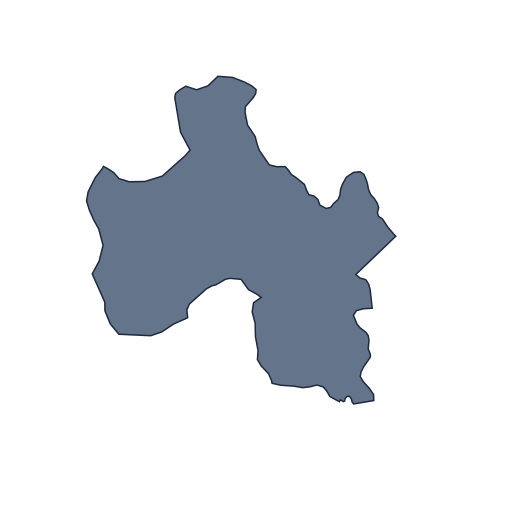 SVG path tracing the border of Boulgou, rotated 303°
{"feature_id": "BFA-2826", "entity_name": "Boulgou", "entity_type": "Province", "adm_level": 1, "iso_a3": "BFA", "parent_name": "Burkina Faso", "parent_adm1": "", "projection": "robinson", "projection_center": [-0.398, 11.449], "detail": "fine", "context": "isolated", "style": "filled", "palette": "slate", "viewbox_px": 512, "rotation_deg": 303, "n_neighbors": 0, "source": "natural_earth", "source_scale": "10m", "svg_char_len": 2022}
<svg xmlns="http://www.w3.org/2000/svg" viewBox="0 0 512 512"><g transform="rotate(303 256 256)"><path d="M348.7,362.4L334.0,359.0L294.9,349.8L294.1,355.1L295.2,358.2L295.9,361.2L293.6,366.0L290.0,370.0L275.5,381.9L270.3,374.9L264.9,370.0L259.3,370.0L253.8,377.9L252.4,382.6L251.8,390.1L250.2,393.6L246.8,396.7L239.2,400.7L236.5,404.5L235.8,405.4L234.9,406.1L234.0,406.7L233.0,407.0L221.8,406.6L215.8,407.3L211.6,409.1L209.0,414.5L206.9,422.6L203.9,430.0L198.9,433.5L185.1,418.5L185.9,416.2L188.1,413.6L189.3,411.0L187.6,408.7L184.9,408.4L182.9,409.3L181.6,408.9L181.3,405.2L179.2,405.2L178.4,394.5L181.3,388.8L182.8,383.8L181.0,377.4L175.7,372.5L171.0,366.9L167.5,358.7L161.0,347.0L158.0,338.8L160.1,336.7L164.1,330.7L166.5,320.6L169.9,313.6L177.8,309.2L188.0,299.5L199.0,292.0L207.1,283.2L215.5,279.4L224.1,282.9L224.4,276.9L223.7,268.0L228.3,256.2L223.1,246.4L219.9,243.1L209.9,238.0L207.0,235.3L201.5,232.3L179.5,226.3L174.3,227.2L173.7,226.9L167.0,232.3L154.2,224.0L140.8,218.2L131.8,211.1L115.7,183.6L119.6,171.0L127.7,159.2L134.9,154.4L151.8,128.4L166.5,127.2L181.7,121.9L193.0,109.4L197.9,100.2L203.7,91.3L209.9,83.9L218.3,80.3L234.2,78.5L245.6,79.5L248.0,79.3L248.4,82.7L248.5,91.1L246.3,99.0L249.2,109.2L258.1,122.4L272.0,133.9L301.5,142.0L308.9,143.0L318.7,125.3L344.5,101.7L348.5,100.0L350.0,100.4L353.9,101.6L360.1,104.6L363.1,115.7L372.5,123.0L386.0,126.2L393.0,139.1L395.7,152.1L396.1,157.2L396.3,160.4L395.6,165.5L391.9,167.3L387.1,167.4L375.6,165.8L370.7,168.4L361.2,177.6L355.7,190.3L350.5,195.9L346.4,201.2L339.7,217.5L342.1,224.6L346.9,231.8L345.5,236.8L343.6,241.3L343.6,246.4L342.4,257.6L338.9,262.3L336.2,266.9L337.9,272.0L337.1,277.1L333.5,281.9L334.0,288.8L337.5,292.2L342.4,292.5L348.0,294.1L352.8,293.2L357.6,290.8L363.1,289.4L371.3,288.9L379.2,292.2L383.4,297.4L383.2,302.1L380.1,306.8L377.1,310.3L373.0,314.2L370.0,318.7L368.7,323.5L366.5,328.6L363.4,332.5L358.5,334.2L356.0,337.2L355.9,342.0L352.0,350.8L349.3,359.8L348.7,362.4Z" fill="#64748b" stroke="#1e293b" stroke-width="1.5"/></g></svg>